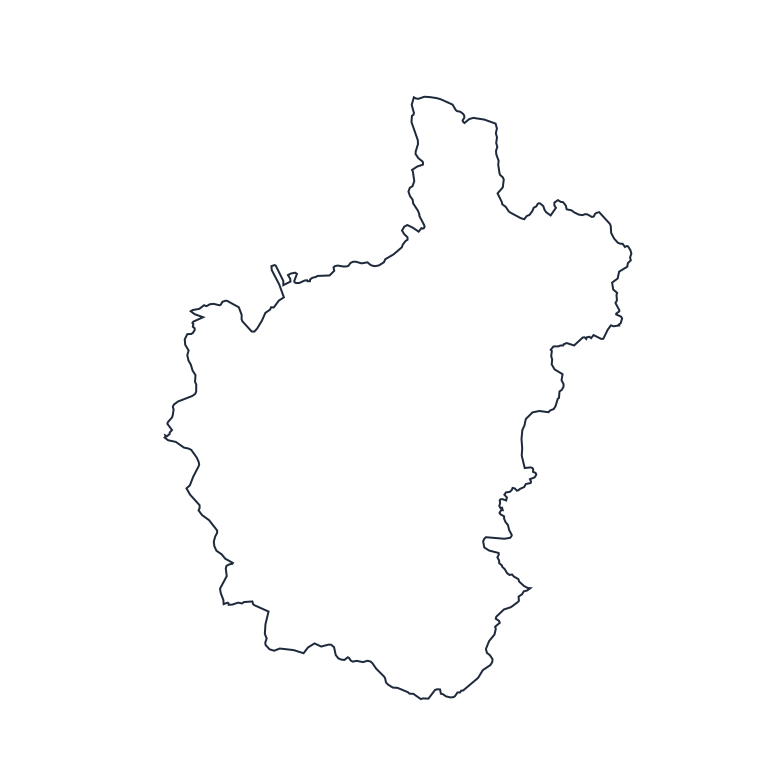 Sakaraha, Atsimo-Andrefana, Madagascar (Natural Earth projection), rotated 108°
{"feature_id": "10022922B49716742274905", "entity_name": "Sakaraha", "entity_type": "district", "adm_level": 2, "iso_a3": "MDG", "parent_name": "Madagascar", "parent_adm1": "Atsimo-Andrefana", "projection": "natural_earth1", "projection_center": [44.417, -22.83], "detail": "fine", "context": "isolated", "style": "outline", "palette": "slate", "viewbox_px": 768, "rotation_deg": 108, "n_neighbors": 0, "source": "geoboundaries", "source_scale": "gbopen_adm2", "svg_char_len": 6161}
<svg xmlns="http://www.w3.org/2000/svg" viewBox="0 0 768 768"><g transform="rotate(108 384 384)"><path d="M672.3,251.6L671.0,249.9L669.5,244.5L659.1,240.9L657.7,238.6L657.2,236.3L661.0,234.2L660.8,232.2L661.9,228.6L661.6,224.0L660.3,221.1L658.9,220.0L654.7,218.8L653.9,216.4L651.8,215.8L651.0,214.0L634.4,203.7L625.6,201.6L618.3,195.9L614.7,195.1L612.0,195.9L609.2,199.5L607.9,203.0L604.5,205.2L596.0,204.6L588.1,201.5L582.4,202.0L580.5,203.3L575.3,200.1L573.7,201.5L572.7,205.2L570.6,205.3L561.4,200.3L557.0,194.3L550.3,189.5L548.6,188.7L544.6,190.3L541.3,187.7L538.0,187.0L536.1,184.0L533.0,181.8L533.6,184.2L532.8,188.6L530.2,194.3L528.0,196.0L527.0,201.0L525.6,203.3L526.8,205.6L525.8,208.6L522.8,211.9L521.3,215.1L520.1,215.8L518.8,219.1L516.3,220.0L513.8,222.6L510.8,222.1L509.3,222.8L509.9,232.6L508.5,238.1L503.0,241.1L500.2,240.8L498.2,239.7L494.0,221.7L491.3,216.5L489.4,215.8L488.1,215.8L484.4,219.7L479.8,222.6L477.7,225.8L474.8,228.3L472.8,228.8L471.9,233.1L470.9,234.3L467.7,233.6L467.3,232.1L465.2,233.5L466.0,234.9L464.3,236.7L461.5,236.7L458.9,238.0L457.7,237.6L456.9,235.6L457.0,231.8L453.9,232.1L452.1,235.3L449.4,234.5L447.6,230.9L445.2,229.7L443.1,229.6L442.9,227.4L444.4,224.6L443.4,223.2L441.9,222.4L438.6,218.8L435.3,218.2L432.9,214.0L431.3,214.0L429.4,215.8L426.3,211.9L424.1,211.3L422.8,211.3L421.7,212.5L421.5,215.1L418.9,215.8L418.0,216.9L418.0,218.7L420.4,224.2L409.5,230.9L402.4,232.7L393.9,236.2L385.0,238.2L380.2,237.6L373.5,238.3L365.1,234.0L361.7,228.0L360.0,218.8L357.9,217.9L355.3,214.8L351.9,214.0L344.4,214.2L343.1,213.3L336.9,214.8L334.6,213.1L331.1,212.4L328.5,213.3L325.6,216.3L319.5,217.2L317.4,226.3L313.5,230.6L308.8,231.6L305.8,233.6L300.7,234.6L299.9,236.0L295.9,234.4L294.2,229.5L293.0,228.3L291.9,225.4L290.7,225.4L288.6,222.9L288.6,215.1L278.3,209.3L277.6,207.6L278.7,205.6L276.9,205.5L275.6,203.3L276.4,201.2L272.7,199.8L274.0,191.3L273.2,189.4L263.2,188.0L258.1,186.3L258.2,183.6L255.7,178.5L255.0,179.1L253.2,177.7L248.1,177.8L246.7,179.3L246.1,184.7L245.3,184.9L242.2,182.7L241.1,183.0L235.4,188.9L232.4,188.3L227.5,190.4L225.3,190.4L223.3,195.2L217.1,198.4L211.5,194.4L204.5,195.1L197.3,188.9L193.7,189.4L190.1,187.5L187.6,189.1L183.6,189.0L180.6,191.0L177.8,194.3L177.7,195.7L179.2,197.2L176.9,200.4L177.6,202.6L177.4,205.2L174.5,210.2L170.2,214.6L163.6,217.2L161.9,218.7L154.1,232.4L155.4,234.6L157.1,235.9L159.8,236.2L160.9,237.9L159.9,242.7L160.2,245.0L162.1,247.5L162.7,251.1L162.0,256.2L160.9,259.2L161.4,264.3L158.3,266.1L156.6,268.4L155.7,270.2L156.2,272.0L155.4,275.4L158.8,278.0L161.6,277.1L163.3,274.9L172.2,277.6L170.5,282.9L168.9,285.0L165.6,287.5L164.1,291.1L164.2,292.5L165.2,293.5L168.0,294.0L170.1,296.1L173.8,296.4L178.2,297.9L180.1,300.1L184.0,301.6L184.0,305.3L181.9,317.0L181.1,319.0L178.0,322.8L176.5,327.1L174.4,328.3L167.6,334.9L160.3,331.8L152.5,333.3L150.8,334.8L149.2,338.3L148.0,339.2L140.0,343.2L136.4,343.9L131.0,348.1L127.7,349.5L123.5,349.5L120.1,351.8L114.6,352.7L111.0,355.1L106.0,355.6L101.9,358.3L101.5,370.1L103.3,381.3L105.7,384.8L110.9,388.1L110.2,389.8L109.0,390.7L105.9,389.9L104.0,390.6L102.7,392.1L101.5,395.5L101.9,398.9L101.3,400.4L97.1,405.1L95.7,417.8L95.8,422.1L97.0,429.2L98.4,434.5L102.1,439.3L102.6,441.9L102.1,444.2L110.0,443.9L117.1,439.2L118.9,439.2L120.3,440.3L126.4,438.8L141.8,427.1L145.4,425.8L153.3,425.7L155.6,425.0L158.6,421.1L160.6,415.9L162.0,415.1L163.4,414.8L166.8,419.5L171.7,423.5L173.0,422.2L181.7,417.9L187.0,418.0L189.5,420.1L193.5,420.2L197.3,417.3L199.8,413.8L203.3,412.0L208.6,405.4L211.8,402.7L213.1,402.4L220.3,395.1L221.6,394.1L223.2,394.1L224.3,395.1L224.2,396.6L228.4,398.1L226.4,405.0L225.6,410.9L228.0,413.3L232.5,414.3L235.3,411.0L237.2,407.0L239.5,406.2L241.6,407.8L245.6,409.2L248.5,409.3L257.8,415.0L264.9,421.3L268.3,421.7L272.9,425.6L274.8,429.3L275.0,431.2L275.0,433.4L273.4,437.3L276.2,442.6L276.4,448.5L277.3,451.2L279.3,453.3L282.7,454.4L283.5,455.5L284.7,458.4L285.7,464.8L287.4,467.4L288.7,468.0L291.7,466.3L297.6,469.3L301.8,480.7L303.2,481.8L305.1,484.9L307.4,486.6L309.1,486.2L309.9,488.5L309.1,489.3L310.1,491.4L314.1,495.8L315.2,498.8L314.9,500.5L313.7,501.2L306.2,500.8L305.6,502.8L305.9,503.5L307.8,506.8L310.1,509.0L312.9,505.7L315.5,504.6L321.1,510.3L317.1,511.6L304.9,523.5L304.7,524.8L306.7,527.5L310.3,526.0L321.7,514.4L332.5,506.0L337.2,509.8L345.3,512.5L345.9,515.1L348.4,515.3L353.0,518.8L361.5,519.7L370.5,521.8L374.2,523.5L375.0,526.0L368.1,538.1L366.3,539.5L362.3,540.7L355.9,545.8L353.4,558.9L353.8,560.5L355.8,563.1L358.9,563.7L360.0,564.8L360.4,570.7L361.9,574.2L364.8,576.8L364.7,579.5L369.6,582.9L372.8,588.8L374.5,590.3L376.1,585.8L376.4,576.7L383.6,584.6L385.1,585.1L386.0,583.8L388.6,583.5L389.5,581.3L391.2,580.7L394.6,581.6L396.0,582.8L397.4,586.5L403.1,587.3L408.1,585.2L412.5,580.2L417.4,580.0L422.1,577.2L425.4,573.6L430.4,570.2L433.8,566.0L440.3,564.4L442.5,562.4L449.2,560.3L451.7,560.5L454.6,562.6L464.3,574.5L468.5,577.5L470.9,577.8L473.3,576.2L479.3,575.2L481.4,575.3L487.2,577.8L488.8,577.7L493.3,571.4L496.3,572.8L497.8,572.4L500.8,574.3L500.5,576.1L501.5,575.4L502.7,576.1L504.2,572.0L503.4,564.1L506.3,554.6L505.8,550.1L506.2,547.0L511.8,539.4L515.2,536.3L517.7,534.9L519.6,534.9L531.1,536.8L540.4,537.3L544.3,539.6L549.2,534.2L556.2,522.0L558.9,521.0L561.5,521.3L564.9,516.5L567.6,508.2L574.9,497.4L577.3,496.7L581.0,497.4L586.4,497.2L590.6,495.3L594.4,491.8L596.1,485.9L599.2,481.0L600.9,472.4L601.9,472.7L603.4,475.5L605.7,477.6L608.3,477.5L615.3,474.2L629.3,476.7L633.2,474.7L639.1,470.0L642.9,468.5L640.3,465.2L640.6,464.1L642.0,463.5L640.8,460.3L637.0,455.1L636.6,451.3L634.6,449.7L631.5,442.0L633.9,440.4L634.4,439.1L636.1,423.5L649.1,422.5L658.5,420.1L662.2,417.0L666.8,417.0L668.9,415.9L671.7,410.8L671.6,406.0L667.8,401.4L665.0,387.8L664.9,377.3L658.1,374.9L652.2,369.9L653.1,362.6L649.0,356.2L648.3,353.8L649.7,350.2L656.6,346.2L659.1,342.6L659.3,339.3L658.6,336.3L655.1,334.0L655.3,332.7L657.3,330.1L657.7,327.9L655.8,324.6L655.0,318.1L652.3,314.1L652.1,311.2L653.0,308.9L657.2,303.4L662.3,293.4L663.5,292.0L667.2,289.9L668.6,287.4L670.0,281.8L668.8,277.3L669.7,266.2L670.6,263.9L669.6,260.3L672.3,251.6Z" fill="none" stroke="#1e293b" stroke-width="2"/></g></svg>